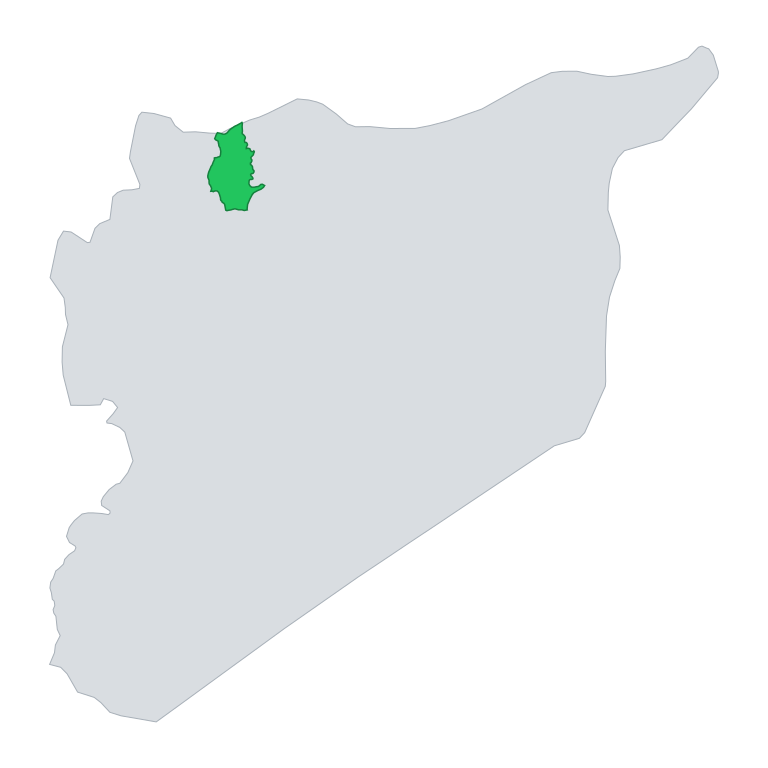 Al Bab, Aleppo, Syria shown in context
{"feature_id": "27442178B24628051118006", "entity_name": "Al Bab", "entity_type": "district", "adm_level": 2, "iso_a3": "SYR", "parent_name": "Syria", "parent_adm1": "Aleppo", "projection": "equal_earth", "projection_center": [37.625, 36.397], "detail": "fine", "context": "in_parent", "style": "filled", "palette": "green", "viewbox_px": 768, "rotation_deg": 0, "n_neighbors": 0, "source": "geoboundaries", "source_scale": "gbopen_adm2", "svg_char_len": 5400}
<svg xmlns="http://www.w3.org/2000/svg" viewBox="0 0 768 768"><path d="M63.5,231.1L71.1,232.0L87.3,242.6L90.0,242.3L95.0,228.3L99.8,223.6L109.9,219.4L112.8,196.9L117.5,192.5L123.2,190.2L131.9,189.8L139.4,188.4L139.9,184.5L129.5,158.4L130.4,151.9L135.6,125.7L138.9,115.5L141.9,112.2L153.9,113.5L170.6,118.1L175.0,125.6L183.2,132.2L195.5,131.8L209.6,133.1L220.7,133.5L229.5,128.8L249.5,120.1L259.3,117.1L268.3,113.2L297.2,98.9L308.7,100.0L316.6,101.9L322.7,104.2L336.3,114.0L347.6,123.9L355.5,126.8L369.6,126.6L390.1,128.5L415.3,128.4L429.9,125.6L448.6,120.7L481.9,109.0L525.6,84.6L551.2,72.7L562.3,71.3L576.8,71.2L591.3,74.3L607.8,76.5L615.4,76.3L633.1,73.9L656.1,68.9L670.5,64.9L687.8,58.2L698.5,47.2L702.0,46.1L706.6,48.1L708.7,48.8L713.3,55.1L718.3,71.3L718.4,73.1L717.6,77.7L706.4,91.0L691.3,109.0L680.3,120.4L661.9,139.7L647.9,143.8L624.4,150.7L618.1,157.5L612.4,168.4L609.2,183.3L608.3,192.6L607.9,210.0L613.8,228.1L619.4,245.5L620.2,257.0L619.9,268.4L614.9,280.5L609.5,297.1L606.5,316.0L605.3,351.3L605.7,381.4L605.3,386.3L595.8,407.6L584.7,432.6L579.4,438.3L554.3,445.8L527.0,464.1L496.5,484.5L468.7,503.1L439.5,522.7L409.1,542.9L387.4,557.5L358.3,576.9L331.7,595.5L304.8,614.3L284.3,628.6L253.2,651.3L234.9,664.6L208.0,684.2L184.3,701.5L156.2,721.9L121.0,715.8L109.9,712.3L100.9,702.6L94.2,697.4L77.6,692.1L67.1,673.8L60.7,667.3L49.6,664.4L54.5,652.7L55.4,645.0L60.2,635.6L57.3,629.4L55.9,616.3L53.8,613.1L53.1,609.7L54.8,605.5L54.2,601.2L52.3,599.3L51.4,592.8L49.9,588.0L50.7,582.1L53.2,578.3L55.8,570.9L58.7,568.7L63.5,564.1L64.7,559.3L69.0,554.6L74.6,550.8L75.9,547.7L75.1,546.0L69.5,542.5L66.5,536.4L69.2,527.6L71.1,524.8L74.5,520.5L82.1,514.0L88.0,512.9L93.1,512.9L101.7,513.5L108.4,514.6L110.1,513.0L109.9,510.8L101.7,505.5L101.2,501.2L103.3,496.7L109.2,489.5L116.2,484.2L119.8,483.3L127.8,472.7L133.0,460.9L124.8,432.1L119.9,427.5L111.8,423.6L107.0,423.0L106.6,421.1L113.1,413.8L117.6,407.5L112.6,401.4L103.7,398.6L100.3,404.8L88.8,405.4L70.8,405.3L63.2,375.1L62.1,362.0L62.4,346.8L68.0,324.7L65.5,314.4L65.3,307.5L64.0,298.0L50.1,277.7L58.0,240.2L63.5,231.1Z" fill="#d9dde1" stroke="#a8b0b8" stroke-width="1"/><path d="M219.3,194.0L219.4,194.3L220.5,197.9L220.6,199.7L221.0,200.6L221.7,201.0L222.2,202.3L224.0,203.4L224.7,204.6L225.3,207.9L225.7,210.1L226.9,210.7L228.5,210.3L231.0,209.9L232.1,209.5L235.0,208.8L236.4,209.2L238.6,209.8L241.9,209.8L242.3,209.9L244.2,210.5L244.7,210.4L247.2,209.9L247.1,209.7L247.2,208.2L247.6,204.4L249.0,201.1L249.7,199.5L249.9,199.0L251.7,195.6L251.8,195.4L251.9,195.2L252.0,195.1L252.0,194.9L252.2,194.7L252.3,194.6L252.3,194.4L252.5,194.3L252.5,194.2L252.7,193.9L252.8,193.9L252.9,193.7L253.0,193.6L253.1,193.4L253.3,193.3L253.3,193.2L253.5,193.0L253.6,192.9L253.8,192.7L257.8,190.5L261.0,189.2L263.5,187.3L264.6,185.5L264.3,185.4L263.5,184.9L262.5,184.3L260.9,184.4L260.0,185.2L258.4,186.5L256.5,186.7L254.3,187.2L252.4,187.2L251.3,187.1L250.8,186.4L249.8,185.7L248.9,183.7L249.0,182.3L249.1,180.8L249.6,179.8L251.0,179.3L251.7,179.5L252.9,178.9L252.9,178.1L251.9,176.5L251.2,176.0L250.6,174.8L251.4,173.6L252.6,173.6L253.1,173.3L254.0,171.9L254.0,170.8L253.7,170.3L252.8,169.5L252.7,168.5L252.4,166.4L252.0,165.9L251.6,165.3L251.4,165.1L251.1,164.9L250.5,164.6L250.4,163.1L251.0,162.8L251.8,161.2L251.9,160.6L251.8,159.7L251.3,159.2L250.9,158.1L250.9,157.5L251.3,157.0L252.2,156.0L253.1,155.1L253.4,154.7L253.6,153.4L254.0,152.8L254.3,151.7L253.8,150.9L253.4,151.3L252.7,151.6L252.1,151.6L251.4,151.5L251.0,151.1L250.7,150.7L250.2,149.8L250.0,149.2L249.8,148.7L248.6,148.4L247.8,148.2L247.4,148.3L246.7,148.5L246.3,148.6L246.3,148.4L246.3,148.2L246.4,147.5L246.5,147.1L246.6,146.5L246.9,146.0L247.0,145.9L247.2,145.4L247.5,145.0L247.4,144.1L246.8,143.0L246.3,142.5L245.4,142.4L245.2,142.4L244.9,142.4L244.6,141.5L244.5,140.5L244.5,140.3L244.6,139.8L244.8,139.3L245.1,138.6L245.3,138.1L245.3,137.9L245.3,137.4L244.9,136.4L244.0,135.3L243.9,135.1L243.6,134.9L242.9,134.2L242.4,133.9L242.2,133.4L242.1,133.0L242.1,132.9L242.2,132.6L242.4,131.8L242.4,130.4L242.1,126.4L242.2,125.6L242.2,124.8L242.4,123.8L242.3,123.3L242.3,123.2L242.2,122.9L241.9,122.4L241.4,122.8L241.0,123.0L240.9,123.1L240.4,123.4L238.5,124.4L237.5,125.0L236.0,125.7L235.1,126.1L234.8,126.3L234.5,126.4L233.3,127.3L232.8,127.6L232.2,128.0L230.6,129.1L229.3,130.3L228.4,131.4L227.3,132.7L226.8,133.1L225.6,133.8L224.8,134.1L224.5,134.2L224.3,134.2L223.2,134.2L220.6,133.4L219.8,133.2L218.2,132.9L217.4,132.7L217.1,133.3L216.6,134.1L216.1,135.0L215.5,136.7L214.7,138.7L215.6,139.8L216.8,140.4L217.7,140.9L218.3,141.4L218.3,143.0L218.6,143.4L218.7,144.6L218.9,145.9L219.2,146.4L219.5,147.1L220.0,147.6L220.1,147.8L220.2,148.6L220.8,151.4L220.8,151.6L220.6,153.6L220.6,154.2L220.3,155.3L220.3,155.6L220.2,156.0L219.7,156.5L219.1,156.8L218.5,156.9L218.1,157.0L217.5,157.3L217.0,157.5L216.2,157.7L215.7,157.7L215.2,157.7L214.9,157.8L214.4,157.9L214.4,158.2L214.4,158.3L214.3,158.8L214.3,159.0L214.4,159.3L214.5,159.5L213.4,161.7L212.7,163.5L212.1,165.1L211.1,166.4L210.1,168.9L209.5,170.3L209.5,170.5L209.3,170.7L209.3,170.9L209.2,171.0L208.7,172.1L208.2,174.0L207.8,175.9L207.9,177.6L208.3,178.5L209.2,180.8L209.0,181.6L209.2,183.9L210.5,185.7L211.6,188.3L211.4,189.5L210.8,191.3L212.7,191.2L213.0,191.4L213.2,191.7L213.8,191.4L214.6,191.1L215.0,190.9L215.5,190.9L216.5,190.9L217.2,191.0L217.5,191.4L218.5,192.1L219.3,194.0Z" fill="#22c55e" stroke="#15803d" stroke-width="1.5"/></svg>